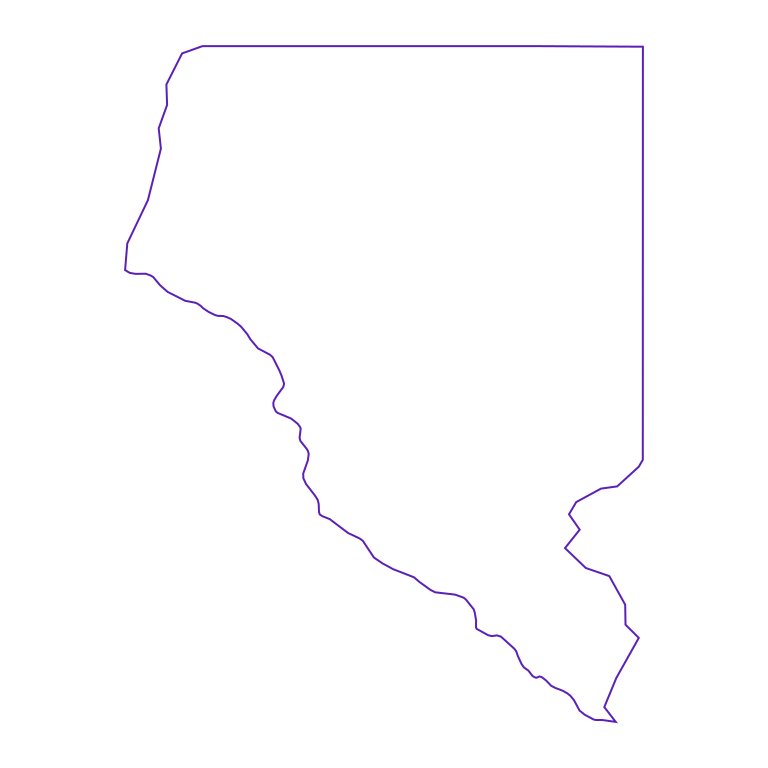 Buffalo, Wisconsin, United States of America (Natural Earth projection)
{"feature_id": "52423323B72529674503227", "entity_name": "Buffalo", "entity_type": "district", "adm_level": 2, "iso_a3": "USA", "parent_name": "United States of America", "parent_adm1": "Wisconsin", "projection": "natural_earth1", "projection_center": [-91.809, 44.311], "detail": "fine", "context": "isolated", "style": "outline", "palette": "violet", "viewbox_px": 768, "rotation_deg": 0, "n_neighbors": 0, "source": "geoboundaries", "source_scale": "gbopen_adm2", "svg_char_len": 1716}
<svg xmlns="http://www.w3.org/2000/svg" viewBox="0 0 768 768"><path d="M529.8,46.1L303.3,46.1L202.5,46.1L182.1,53.4L166.4,84.5L167.1,104.9L158.7,128.4L160.9,148.6L147.9,200.2L127.3,243.4L125.1,270.1L129.8,272.9L135.7,273.9L145.6,273.7L150.4,275.4L153.2,277.0L160.0,285.2L167.6,291.9L185.2,300.8L195.2,302.7L197.4,303.6L200.5,305.7L202.1,307.2L203.0,308.2L208.8,312.0L215.1,315.1L218.2,315.9L223.2,316.0L226.6,317.0L231.0,319.0L237.2,323.4L241.0,326.6L247.3,334.2L250.3,339.2L258.0,348.4L270.2,354.9L272.7,357.2L279.2,370.1L281.5,375.5L284.0,383.4L283.9,384.6L283.2,387.1L276.9,395.6L274.1,400.3L273.3,403.0L273.6,406.6L275.8,411.3L277.6,412.9L291.2,418.6L297.8,423.9L300.0,426.8L300.7,428.8L299.6,437.7L300.3,440.8L306.7,448.9L308.0,451.1L308.7,453.9L307.9,460.3L303.2,473.6L303.4,478.4L306.1,484.1L315.0,495.6L317.7,499.9L318.7,503.9L319.0,512.0L319.8,514.5L322.4,516.2L329.9,519.2L335.5,523.5L348.2,533.1L359.7,538.5L362.8,540.8L373.9,557.5L382.5,563.4L393.2,569.2L414.0,577.3L419.5,582.0L430.6,590.0L435.2,592.3L455.0,594.6L463.5,597.6L465.2,598.9L465.8,599.4L473.7,609.3L474.8,612.7L476.1,620.6L476.0,627.4L476.7,628.9L488.1,635.2L491.8,636.1L497.0,635.4L500.9,636.6L514.5,648.9L516.2,651.2L517.9,656.1L521.6,664.1L523.9,667.4L528.4,670.6L532.5,676.0L535.4,677.6L536.7,677.7L539.3,676.5L541.6,677.0L546.0,680.4L551.2,685.8L555.0,687.8L562.9,690.8L567.5,693.5L570.4,695.8L574.0,700.2L579.5,710.5L584.7,714.7L593.6,719.5L596.0,720.0L602.3,720.0L615.7,721.9L604.3,707.1L616.3,678.0L638.8,637.9L625.5,624.7L625.2,604.7L609.3,576.1L585.8,568.0L565.0,548.1L579.7,529.7L569.0,514.3L576.2,502.1L601.0,488.6L617.2,486.4L638.8,466.7L642.8,459.8L642.9,46.7L529.8,46.1Z" fill="none" stroke="#5b21b6" stroke-width="2"/></svg>